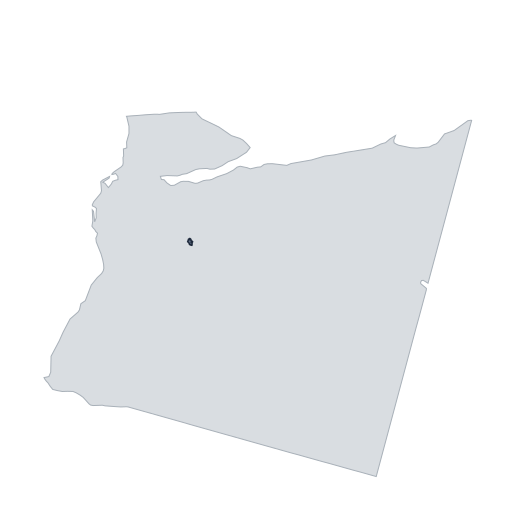 Markz Al Idwa, Al Minya, Egypt (highlighted), rotated 285°
{"feature_id": "37247803B26025252880900", "entity_name": "Markz Al Idwa", "entity_type": "district", "adm_level": 2, "iso_a3": "EGY", "parent_name": "Egypt", "parent_adm1": "Al Minya", "projection": "robinson", "projection_center": [30.744, 28.697], "detail": "fine", "context": "in_parent", "style": "filled", "palette": "slate", "viewbox_px": 512, "rotation_deg": 285, "n_neighbors": 0, "source": "geoboundaries", "source_scale": "gbopen_adm2", "svg_char_len": 4354}
<svg xmlns="http://www.w3.org/2000/svg" viewBox="0 0 512 512"><g transform="rotate(285 256 256)"><path d="M442.8,429.2L432.6,429.2L422.5,429.2L412.3,429.2L402.1,429.2L391.9,429.2L381.8,429.2L371.6,429.2L361.4,429.2L351.2,429.2L341.1,429.2L330.9,429.2L320.7,429.2L310.6,429.2L300.4,429.2L290.2,429.2L280.0,429.2L274.2,429.2L275.2,426.0L275.8,423.8L275.1,422.2L273.2,421.8L271.9,422.3L268.8,429.0L267.2,429.3L263.6,429.3L251.8,429.3L239.9,429.3L228.1,429.2L216.2,429.2L204.4,429.2L192.6,429.2L180.7,429.2L168.9,429.2L157.0,429.2L145.2,429.2L133.3,429.2L121.5,429.2L109.6,429.2L97.8,429.2L86.0,429.2L74.1,429.2L74.2,421.2L74.3,413.1L74.3,405.1L74.4,397.0L74.5,388.9L74.6,380.9L74.6,372.8L74.7,364.8L74.8,356.7L74.9,348.7L74.9,340.6L75.0,332.6L75.1,324.5L75.2,316.4L75.3,308.4L75.4,300.3L75.5,292.3L75.6,284.2L75.7,276.2L75.8,268.1L75.9,260.1L76.0,252.0L76.1,244.0L76.2,235.9L76.4,227.8L76.5,219.8L76.6,211.7L76.7,203.7L76.8,195.6L76.9,187.6L77.0,179.5L77.1,171.5L76.9,170.0L75.2,164.5L73.8,157.5L72.2,149.0L72.1,146.2L69.4,137.4L69.2,134.9L69.9,133.1L74.7,125.7L76.1,122.1L77.3,117.8L77.8,114.3L76.5,108.9L75.0,104.0L74.6,99.1L74.5,94.2L76.9,90.9L79.7,87.8L80.8,85.9L82.5,83.8L83.7,82.7L85.9,87.1L90.6,87.8L106.1,84.0L123.1,87.9L132.5,89.4L147.0,92.7L155.8,98.6L158.2,99.4L164.6,99.2L168.7,102.7L185.3,104.4L194.1,108.3L199.1,111.4L202.1,112.3L204.8,112.2L208.4,111.0L212.9,108.8L217.9,105.8L228.2,98.1L231.8,96.7L234.2,97.1L237.0,97.0L238.2,94.9L239.8,93.4L240.7,91.8L242.3,89.8L247.6,89.3L258.2,85.9L257.1,87.5L247.3,91.3L251.5,91.8L255.8,90.5L260.6,89.6L261.5,88.0L262.1,85.0L263.1,84.6L266.4,85.2L276.4,89.8L278.9,89.9L286.0,87.4L287.5,86.8L289.7,88.2L295.0,94.0L293.1,93.9L287.6,88.9L287.1,91.4L283.9,95.7L287.9,97.6L291.1,98.3L292.9,100.8L294.0,102.9L297.1,102.0L299.4,99.0L298.2,97.4L297.4,95.7L298.4,95.7L300.6,97.1L307.0,102.6L309.2,103.8L311.6,103.6L316.8,102.0L318.2,102.3L325.1,100.2L325.9,101.7L327.1,103.2L332.6,101.5L341.4,101.6L348.5,99.7L356.7,95.3L357.4,94.7L357.8,95.8L358.9,98.8L361.5,106.4L363.7,112.4L366.5,120.7L367.4,123.9L367.8,126.1L371.8,135.2L374.2,142.8L376.0,148.8L378.5,157.8L379.5,160.9L377.9,162.5L374.5,168.3L371.0,186.7L365.9,201.0L365.4,210.0L364.6,213.3L362.2,217.8L359.2,222.3L353.8,220.0L345.1,212.1L339.9,204.7L334.5,199.9L329.3,193.5L327.9,188.9L327.9,186.0L325.6,178.8L323.9,175.4L317.6,167.7L315.8,163.6L314.4,161.8L313.0,159.3L310.7,149.3L308.2,143.0L305.4,144.8L305.9,147.4L303.5,151.1L302.0,155.4L303.2,158.8L308.3,164.1L309.3,166.4L310.6,171.4L310.4,178.3L311.2,180.6L315.1,185.6L316.5,188.6L317.3,191.2L318.6,193.6L322.4,198.0L328.0,206.4L333.2,212.0L337.0,214.8L338.6,217.5L339.0,224.6L338.7,227.9L342.1,234.3L343.3,237.5L346.5,240.1L348.0,243.1L349.4,247.9L351.5,262.3L354.3,265.8L363.1,284.7L370.4,296.7L374.0,305.6L379.5,316.4L390.2,340.3L396.5,347.6L399.0,351.8L403.6,355.0L408.5,359.6L403.8,359.1L402.6,359.4L401.0,360.2L400.2,363.0L399.9,365.2L400.6,377.3L401.9,383.5L406.1,395.1L409.3,398.6L410.8,400.9L412.9,402.5L422.7,406.5L428.5,414.9L441.5,425.6L442.8,428.5L442.8,429.2Z" fill="#d9dde1" stroke="#a8b0b8" stroke-width="1"/><path d="M252.6,186.3L252.1,186.3L252.0,186.6L252.0,186.8L251.9,186.9L251.9,187.0L251.7,187.3L251.4,187.5L251.2,187.8L251.1,188.0L250.9,188.4L250.8,188.5L250.8,188.8L250.7,189.0L250.7,188.9L250.5,188.7L250.4,188.7L250.2,188.6L249.9,188.8L249.8,189.0L249.9,189.3L250.0,189.5L250.0,189.8L249.8,190.0L249.7,190.2L249.6,190.3L249.6,190.7L249.6,190.9L249.7,191.1L249.8,191.2L249.8,191.3L250.0,191.3L250.2,191.2L250.3,191.2L250.4,191.3L250.5,191.3L250.7,191.2L250.8,191.1L251.0,191.1L251.3,191.0L251.5,191.0L251.7,190.9L251.8,190.9L252.0,190.8L252.1,191.0L252.3,191.0L252.5,191.0L252.7,190.9L252.8,190.9L252.7,190.9L252.7,190.7L252.6,190.4L252.6,190.2L252.5,189.9L252.8,189.9L253.0,190.0L253.2,190.3L253.3,190.4L253.4,190.5L253.5,190.5L253.6,190.8L253.7,190.7L253.8,190.4L253.8,190.2L253.9,189.9L253.9,189.7L254.0,189.6L254.0,189.4L254.3,189.3L254.5,189.2L254.6,188.9L254.6,188.7L254.8,188.7L254.8,188.8L255.0,188.8L255.2,188.7L255.3,188.7L255.7,187.9L255.8,187.6L255.7,187.4L255.6,187.1L255.4,187.0L255.1,187.1L254.9,187.1L254.9,186.9L254.9,186.7L254.7,186.5L254.4,186.7L254.4,186.8L254.5,186.8L254.5,187.0L254.4,187.1L254.2,187.0L254.2,186.9L254.1,186.7L253.9,186.5L253.7,186.6L253.2,186.4L252.8,186.3L252.6,186.3Z" fill="#64748b" stroke="#1e293b" stroke-width="1.5"/></g></svg>